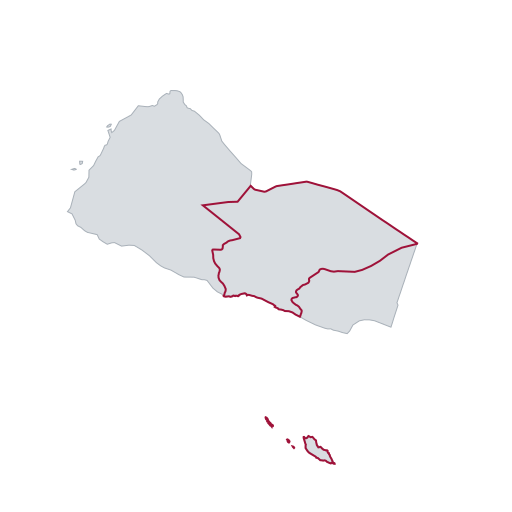 Hadramawt highlighted on a map of Yemen, rotated 42°
{"feature_id": "YEM-3497", "entity_name": "Hadramawt", "entity_type": "Governorate", "adm_level": 1, "iso_a3": "YEM", "parent_name": "Yemen", "parent_adm1": "", "projection": "orthographic", "projection_center": [51.058, 15.554], "detail": "fine", "context": "in_parent", "style": "outline", "palette": "rose", "viewbox_px": 512, "rotation_deg": 42, "n_neighbors": 0, "source": "natural_earth", "source_scale": "10m", "svg_char_len": 7576}
<svg xmlns="http://www.w3.org/2000/svg" viewBox="0 0 512 512"><g transform="rotate(42 256 256)"><path d="M403.9,218.6L387.4,224.8L383.1,227.5L379.2,230.9L376.2,235.0L374.2,242.4L375.8,249.1L375.7,252.7L371.4,255.1L367.4,256.8L363.0,259.4L360.3,260.1L358.1,262.2L355.5,263.6L346.3,267.4L336.2,270.3L320.1,273.8L313.9,277.6L308.2,280.2L299.6,280.9L287.8,284.4L281.2,287.3L273.0,291.9L271.2,293.4L269.7,296.8L267.1,299.8L262.2,304.6L258.5,307.1L256.0,307.2L251.2,308.5L245.5,308.7L236.0,306.9L233.6,308.1L231.5,309.9L224.1,313.2L216.6,319.8L211.1,321.5L202.2,323.4L196.0,326.1L191.8,327.1L186.5,327.6L176.6,327.1L167.2,327.9L158.5,329.6L154.3,333.0L149.5,338.6L141.9,340.7L140.0,342.7L137.6,346.8L132.6,347.8L128.2,348.3L123.7,346.4L115.0,351.2L111.7,351.9L106.8,351.9L103.2,352.9L100.7,352.5L97.7,350.4L91.1,347.8L86.2,349.2L85.9,344.4L78.4,329.5L80.4,316.9L80.5,315.1L79.1,309.3L74.5,304.0L74.8,297.4L73.4,292.6L72.3,287.8L72.8,286.5L72.9,285.3L70.7,277.8L70.0,276.3L69.7,274.7L70.6,273.5L70.6,272.2L69.4,269.8L68.2,265.4L61.9,261.8L63.3,258.6L64.5,259.8L66.2,260.8L66.6,258.8L66.7,257.2L64.4,247.4L68.9,234.7L68.0,223.1L74.3,218.6L75.9,217.3L76.8,216.1L78.3,213.5L80.3,212.7L81.1,209.9L81.1,208.6L79.9,207.3L79.1,204.0L79.5,199.9L79.9,198.2L80.7,195.1L82.9,194.0L83.4,193.1L81.9,191.1L82.1,189.9L85.8,186.7L87.2,185.8L89.6,184.8L91.4,184.9L93.5,185.5L95.3,186.5L97.1,188.3L98.9,190.3L101.8,191.1L103.9,191.0L105.5,191.9L106.9,191.5L108.5,190.5L111.0,190.7L113.3,189.6L119.7,189.3L125.9,189.8L132.4,189.1L138.9,189.4L145.4,189.6L146.9,189.8L148.3,190.4L153.7,193.5L157.9,194.2L166.2,195.3L175.2,196.3L183.0,197.3L189.6,196.7L195.1,196.2L196.5,196.4L198.2,198.2L201.4,202.8L204.4,207.2L209.9,207.5L213.4,206.0L217.3,203.8L219.7,202.0L222.5,195.1L224.4,190.6L228.5,185.6L231.9,181.5L236.5,175.9L239.0,172.8L244.0,166.8L248.7,164.4L257.7,159.9L266.6,155.5L272.4,152.6L277.2,151.3L285.4,150.2L295.0,148.9L304.6,147.6L314.9,146.2L326.3,144.6L334.1,143.5L344.1,142.1L352.3,140.9L359.7,139.8L367.3,138.7L368.7,142.1L370.2,145.5L371.6,148.9L373.1,152.3L374.5,155.7L376.0,159.1L377.4,162.5L378.9,165.9L380.3,169.3L381.8,172.7L383.3,176.1L384.7,179.5L386.2,182.9L387.7,186.3L389.1,189.7L390.6,193.1L392.0,196.4L394.4,197.5L395.8,200.6L397.8,205.1L399.8,209.6L401.9,214.1L403.9,218.6ZM427.7,355.2L429.7,355.6L432.8,354.4L441.8,354.1L452.6,357.7L450.6,358.7L449.4,360.1L444.6,361.4L440.0,364.4L426.3,366.0L422.3,365.3L418.9,362.5L412.8,358.9L415.2,356.5L415.7,355.5L416.6,354.4L420.0,352.6L423.5,352.8L427.7,355.2ZM64.5,304.9L64.1,305.7L63.5,305.5L61.5,303.6L63.8,301.6L65.0,303.6L64.5,304.9ZM59.8,259.3L58.7,260.0L58.5,258.6L59.2,255.7L60.3,254.9L61.0,257.1L60.5,258.3L59.8,259.3ZM63.2,314.0L61.0,315.0L62.6,312.3L64.1,311.8L64.5,312.0L63.2,314.0Z" fill="#d9dde1" stroke="#a8b0b8" stroke-width="1"/><path d="M367.3,138.7L367.5,139.3L358.7,152.4L353.2,166.5L351.3,176.7L348.2,186.4L344.2,195.3L340.0,201.7L326.9,212.5L324.4,215.5L321.7,217.3L316.0,219.7L314.6,220.5L313.8,221.2L313.1,222.0L312.5,223.4L312.6,224.1L312.9,224.9L313.2,226.1L310.6,236.0L310.5,237.2L311.0,237.9L311.5,238.4L312.2,238.8L312.6,239.7L312.8,240.9L311.5,244.4L310.9,245.3L310.4,246.0L310.1,247.2L310.1,248.0L309.8,249.0L309.8,249.9L309.9,250.7L310.0,251.3L309.7,252.0L309.4,252.9L309.1,254.3L309.4,255.5L310.0,256.2L311.0,256.5L312.0,256.6L313.3,257.0L313.6,257.4L313.8,258.0L313.7,259.4L313.3,259.9L312.8,260.4L312.2,261.4L311.7,262.1L311.3,262.7L311.2,263.3L311.2,263.9L311.4,264.5L311.9,265.1L314.0,265.8L315.6,265.8L318.2,265.6L319.0,265.4L319.8,265.1L322.0,265.0L324.2,265.6L326.0,265.8L326.7,266.2L327.3,267.1L327.6,267.7L328.0,268.4L328.2,269.3L328.6,269.9L328.8,270.5L329.1,271.0L329.1,271.6L329.2,271.8L324.5,273.1L321.0,273.5L317.8,274.8L317.0,275.3L314.5,277.4L314.0,277.7L312.7,277.9L310.7,278.9L308.6,280.4L308.1,280.5L307.5,280.2L306.7,280.4L305.3,281.0L304.7,281.2L304.4,281.2L304.0,281.3L303.9,280.6L303.7,280.2L303.4,280.2L302.9,280.4L300.8,280.5L296.0,282.1L288.7,283.9L284.8,286.1L283.4,286.6L281.9,286.9L281.2,287.2L279.9,288.1L277.2,289.4L275.9,290.3L275.6,291.4L275.3,291.3L274.8,291.0L274.1,290.8L273.3,290.9L272.6,291.2L272.2,291.7L270.5,294.1L269.9,295.3L269.5,296.7L269.8,296.8L269.8,297.2L269.7,297.6L269.6,297.9L269.2,298.1L267.9,298.7L267.6,298.9L267.4,299.7L266.9,300.0L266.3,300.1L265.8,300.4L265.6,300.6L265.5,300.9L265.5,301.7L265.4,301.8L265.2,302.0L265.0,302.3L264.6,303.2L264.0,303.6L262.8,304.1L260.8,306.5L260.2,306.9L260.0,307.0L259.6,307.2L259.4,307.3L259.2,307.4L258.9,307.3L258.6,307.3L258.6,307.1L258.5,306.6L258.3,305.9L257.4,304.3L257.2,303.7L257.1,303.1L256.8,302.4L256.3,301.7L255.6,300.8L252.6,299.4L249.8,298.6L247.3,298.6L245.1,298.4L242.7,297.2L241.0,295.5L240.6,294.6L239.8,293.5L239.5,292.4L238.8,291.1L238.2,290.3L237.4,289.8L236.5,289.5L234.1,289.4L230.7,288.9L228.2,287.9L225.7,286.2L223.4,283.8L219.8,281.2L219.5,280.3L220.3,279.4L225.7,274.9L226.2,273.9L226.2,272.9L224.9,271.0L224.1,270.2L224.1,269.3L224.2,268.4L225.2,265.5L225.2,264.6L225.6,263.4L226.4,261.8L227.8,260.1L232.2,253.4L231.8,252.3L228.9,251.2L182.6,253.9L199.2,234.5L206.0,228.0L205.1,207.4L209.4,207.6L210.4,207.5L211.4,207.1L215.4,204.8L219.2,202.7L220.2,201.4L222.5,195.4L224.1,191.2L224.7,190.1L227.9,186.2L232.9,180.2L238.1,173.8L241.1,170.2L243.7,167.0L244.4,166.5L248.6,164.4L254.2,161.7L260.4,158.5L266.0,155.7L270.7,153.4L272.2,152.7L275.2,151.6L279.4,151.0L284.5,150.3L289.7,149.6L294.9,148.9L300.1,148.2L305.3,147.5L310.5,146.8L315.6,146.1L320.8,145.4L326.0,144.7L331.2,143.9L336.3,143.2L341.5,142.5L346.7,141.7L351.9,141.0L357.0,140.2L362.2,139.5L367.3,138.7ZM451.2,358.0L452.1,357.9L452.7,357.5L453.1,357.5L453.5,357.8L453.1,358.2L452.2,358.5L451.4,358.7L450.8,358.9L450.4,359.2L450.4,360.1L449.0,360.7L447.9,361.0L446.5,361.5L445.0,361.4L443.8,361.9L443.5,362.2L442.9,363.1L442.6,363.3L441.8,363.7L440.8,364.5L440.3,364.8L439.3,364.7L437.8,364.8L437.2,364.7L436.7,364.9L435.9,365.6L435.2,365.3L434.7,365.2L433.6,365.4L432.2,365.7L428.2,366.5L426.7,366.7L424.8,366.5L422.9,366.0L421.4,365.6L420.7,364.9L420.2,364.3L419.6,363.6L419.2,362.8L418.3,362.5L416.9,361.6L413.4,359.5L412.6,358.8L412.5,358.6L412.8,358.3L413.7,358.6L414.4,358.5L415.1,358.1L415.2,357.9L415.3,357.6L415.6,357.0L415.7,356.7L415.4,354.7L415.9,354.5L416.5,354.4L417.9,354.1L418.2,353.6L418.6,353.1L418.9,352.7L419.5,352.7L421.3,353.0L422.4,353.1L423.2,353.0L424.0,352.9L425.3,354.1L427.7,355.8L429.2,356.2L430.4,356.5L431.1,355.6L431.4,354.8L432.3,354.6L433.0,354.7L433.5,354.9L434.7,354.8L435.8,354.8L437.0,354.1L437.5,353.9L438.3,353.4L438.6,352.9L439.5,352.8L439.9,353.3L440.4,353.6L441.1,354.1L441.6,353.9L442.0,353.7L442.2,353.8L442.5,354.1L442.8,354.4L443.4,354.5L444.2,354.6L444.5,355.1L445.0,355.3L446.2,355.8L447.5,356.1L448.9,356.8L449.6,357.0L451.2,358.0ZM378.7,370.5L379.7,370.9L381.5,370.5L382.0,370.6L382.2,370.9L381.7,371.1L381.4,371.5L381.7,371.7L382.0,372.3L381.0,372.1L380.6,372.2L380.0,372.4L378.5,372.1L377.0,372.0L376.9,371.7L376.5,371.2L376.3,371.2L376.1,371.2L375.4,371.4L375.0,371.5L374.9,371.4L374.5,370.8L374.4,370.6L374.2,370.7L373.6,370.4L373.1,370.5L372.8,370.6L372.5,370.4L372.4,370.3L371.3,369.8L371.1,369.4L371.6,369.2L372.1,369.1L373.0,369.2L373.9,369.4L375.0,370.1L375.7,370.3L376.2,370.3L377.2,370.5L378.7,370.5ZM404.1,371.2L404.7,371.2L405.1,371.5L405.3,372.1L405.3,372.6L404.8,372.7L404.3,372.8L403.3,372.4L402.6,371.8L401.9,371.6L402.0,371.3L402.5,371.1L402.9,371.2L403.3,371.0L403.7,371.0L404.1,371.2ZM410.7,373.0L411.3,372.7L412.0,372.7L412.3,372.9L412.7,373.0L412.7,373.3L411.6,373.2L411.2,373.2L410.7,373.0Z" fill="none" stroke="#9f1239" stroke-width="2"/></g></svg>